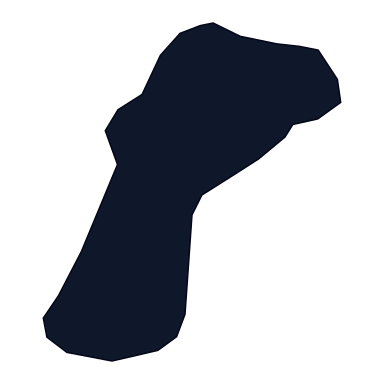 outline of Lebialem, Sud-Ouest, Cameroon
{"feature_id": "32672807B23253489436904", "entity_name": "Lebialem", "entity_type": "district", "adm_level": 2, "iso_a3": "CMR", "parent_name": "Cameroon", "parent_adm1": "Sud-Ouest", "projection": "orthographic", "projection_center": [9.96, 5.584], "detail": "fine", "context": "isolated", "style": "filled", "palette": "ink", "viewbox_px": 384, "rotation_deg": 0, "n_neighbors": 0, "source": "geoboundaries", "source_scale": "gbopen_adm2", "svg_char_len": 523}
<svg xmlns="http://www.w3.org/2000/svg" viewBox="0 0 384 384"><path d="M213.1,23.0L200.2,25.6L180.1,33.3L160.4,55.3L142.1,94.4L118.0,109.7L105.3,130.7L117.5,164.5L84.7,243.5L81.4,251.5L58.4,295.8L43.3,318.1L46.9,337.2L66.9,352.4L112.0,361.0L157.8,350.4L176.6,336.7L185.0,314.3L192.0,214.9L201.9,195.0L232.3,175.8L255.2,161.1L258.4,159.1L285.0,137.0L292.8,124.5L317.8,118.9L321.5,116.2L340.7,102.4L337.4,79.4L318.2,50.1L299.7,46.4L276.4,43.8L240.2,36.3L213.1,23.0Z" fill="#0f172a" stroke="#020617" stroke-width="1.5"/></svg>